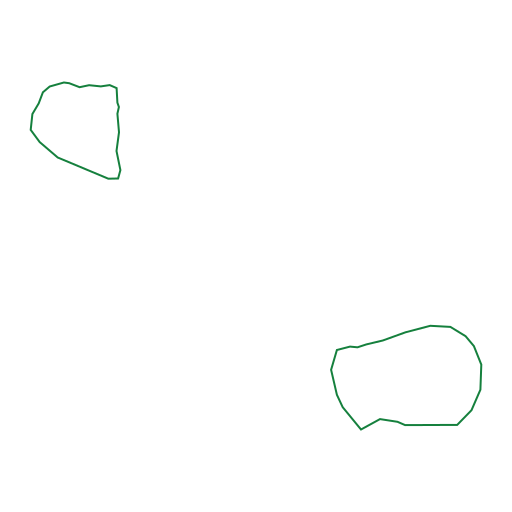 Faraulep, Federated States of Micronesia
{"feature_id": "79324940B34667662495204", "entity_name": "Faraulep", "entity_type": "district", "adm_level": 2, "iso_a3": "FSM", "parent_name": "Federated States of Micronesia", "parent_adm1": "", "projection": "robinson", "projection_center": [144.516, 8.594], "detail": "fine", "context": "isolated", "style": "outline", "palette": "green", "viewbox_px": 512, "rotation_deg": 0, "n_neighbors": 0, "source": "geoboundaries", "source_scale": "gbopen_adm2", "svg_char_len": 648}
<svg xmlns="http://www.w3.org/2000/svg" viewBox="0 0 512 512"><path d="M350.0,346.6L336.9,350.0L331.1,369.8L336.9,394.8L342.7,407.2L361.0,429.5L380.0,419.1L397.5,421.8L405.1,425.1L457.2,424.9L471.5,410.2L480.4,389.7L481.3,364.6L473.9,346.1L465.6,336.2L450.4,326.9L430.3,325.8L405.5,332.3L382.8,340.5L366.4,344.4L357.5,347.3L350.0,346.6ZM117.4,102.7L116.6,88.1L109.7,85.1L100.8,86.4L89.1,85.2L79.6,87.2L69.2,83.2L63.9,82.5L49.7,86.5L42.9,92.3L38.7,103.4L32.4,114.0L30.7,129.9L39.7,142.1L57.7,157.5L108.3,178.7L118.1,178.5L120.4,170.1L116.5,151.0L119.0,132.3L117.4,113.7L118.9,107.0L117.4,102.7Z" fill="none" stroke="#15803d" stroke-width="2"/></svg>